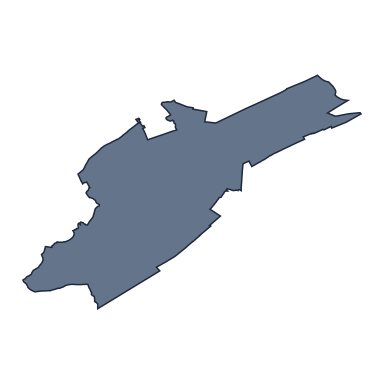 the district of Urecheni, Neamt, Romania
{"feature_id": "2599482B48962297444856", "entity_name": "Urecheni", "entity_type": "district", "adm_level": 2, "iso_a3": "ROU", "parent_name": "Romania", "parent_adm1": "Neamt", "projection": "robinson", "projection_center": [26.516, 47.174], "detail": "fine", "context": "isolated", "style": "filled", "palette": "slate", "viewbox_px": 384, "rotation_deg": 0, "n_neighbors": 0, "source": "geoboundaries", "source_scale": "gbopen_adm2", "svg_char_len": 5797}
<svg xmlns="http://www.w3.org/2000/svg" viewBox="0 0 384 384"><path d="M360.7,113.6L360.1,112.7L349.1,113.7L337.0,116.0L335.3,116.2L327.5,113.0L336.6,107.3L348.0,100.4L343.1,99.8L340.1,98.6L337.4,97.1L335.1,95.1L335.8,91.8L335.4,90.1L332.9,86.3L328.7,82.0L325.5,81.2L322.3,79.6L318.1,76.0L317.5,75.3L304.8,81.4L297.7,84.3L293.7,85.9L291.9,86.7L286.9,88.7L286.6,88.8L286.6,89.0L286.6,89.3L284.8,90.4L280.8,92.6L255.6,104.2L253.3,105.2L245.4,108.8L215.4,123.2L215.2,123.0L214.9,122.9L204.7,121.8L206.8,111.6L192.9,109.1L193.2,107.8L187.5,106.9L185.5,106.2L178.2,103.3L175.6,102.5L174.1,100.2L173.5,100.5L173.1,100.8L172.4,101.2L171.4,101.6L170.7,102.0L170.0,102.0L168.9,101.9L167.7,101.7L166.3,102.0L165.1,102.1L164.2,102.3L163.0,102.3L162.8,102.3L162.1,102.7L161.8,103.1L161.5,104.0L161.3,104.2L161.5,104.6L161.9,105.1L162.7,105.9L164.1,107.4L166.5,109.7L170.7,114.8L168.4,116.3L167.8,116.6L166.7,117.0L166.3,117.4L166.1,117.8L166.0,118.2L166.0,118.4L166.4,119.1L167.4,120.0L169.1,120.7L170.4,121.1L171.6,120.6L172.3,120.7L172.5,120.2L174.0,121.3L173.9,122.1L174.0,122.9L174.2,123.3L175.3,123.8L175.5,124.3L175.5,125.8L175.4,126.7L175.4,127.4L175.5,127.9L176.1,128.5L176.8,129.8L176.6,130.0L171.6,131.5L164.0,134.2L150.4,138.8L147.7,139.8L145.0,133.0L143.8,130.4L143.2,129.3L142.6,128.4L144.9,127.6L143.9,125.7L142.6,126.2L139.8,122.6L140.5,122.3L138.7,119.8L139.7,119.4L138.9,118.3L135.9,119.4L138.6,123.1L137.0,124.0L133.4,126.9L130.2,129.3L128.8,130.4L127.0,132.0L126.6,132.5L125.4,133.3L124.7,134.0L123.4,134.8L121.9,136.3L119.1,138.4L117.4,139.4L116.7,139.5L116.3,139.8L111.5,142.2L110.9,142.7L107.3,144.3L105.6,145.2L104.4,145.8L103.8,146.2L102.3,147.4L101.9,147.6L101.0,148.3L100.5,149.0L99.3,150.1L96.6,152.8L94.4,154.6L93.1,155.5L92.9,155.9L92.7,156.0L92.2,156.3L89.2,158.9L89.0,159.1L87.1,162.6L85.4,165.3L85.2,165.9L83.9,168.6L83.5,169.2L83.1,169.8L81.8,171.0L78.0,174.1L81.3,181.6L81.6,181.8L82.7,183.9L83.7,182.9L86.7,182.1L89.2,186.5L89.0,187.1L89.1,187.6L89.2,187.8L89.6,187.8L89.1,188.3L88.6,189.0L88.4,189.6L88.2,190.3L86.8,191.4L86.1,193.0L88.5,196.6L88.7,196.8L89.2,197.1L89.6,197.7L90.2,197.6L92.6,198.4L93.6,198.9L94.0,199.5L95.4,200.4L96.2,202.5L97.2,203.5L98.5,204.0L99.3,204.6L99.2,206.0L98.6,206.2L98.1,206.2L97.7,206.6L96.9,207.1L95.8,208.2L95.2,209.0L95.1,209.5L94.8,210.1L94.7,211.0L94.2,212.3L94.2,213.4L93.8,214.0L92.9,217.1L91.9,218.4L91.4,219.1L90.3,220.3L89.9,221.1L88.9,222.4L87.5,224.9L86.2,225.1L85.6,224.3L85.1,224.4L83.7,223.5L83.2,222.7L82.1,222.5L81.3,222.3L80.9,222.1L80.7,222.1L80.5,222.5L79.8,222.9L79.7,223.0L80.1,223.5L80.1,223.8L80.2,224.3L79.0,223.2L78.7,223.3L78.4,223.6L78.0,224.3L78.1,226.1L78.4,227.6L78.4,228.0L77.8,228.5L77.1,228.5L76.5,228.6L76.0,229.3L76.0,229.6L75.9,229.6L75.3,229.5L75.1,229.6L74.8,229.7L74.1,230.3L72.9,230.6L73.5,231.6L73.9,232.6L74.1,233.3L74.2,233.8L74.1,234.3L74.0,234.6L73.8,235.1L73.7,235.7L73.0,236.9L72.2,237.8L70.4,239.3L69.9,239.6L69.2,240.1L67.1,241.1L65.5,241.6L65.2,241.9L63.8,241.9L62.4,242.2L62.1,242.3L61.5,242.3L61.1,242.2L60.1,242.2L59.2,242.3L57.3,241.9L56.9,242.0L56.7,242.3L56.8,242.5L56.8,242.8L56.7,242.9L56.2,242.8L55.4,243.0L54.7,243.4L54.4,243.9L53.6,244.3L53.5,244.5L53.5,245.0L52.3,245.6L52.2,245.9L51.9,246.2L51.7,246.3L51.9,246.9L52.0,247.1L51.8,247.4L51.6,247.5L50.6,247.3L49.0,247.1L46.5,246.6L45.6,246.6L45.3,246.7L45.2,248.0L44.9,248.7L44.8,249.4L44.4,250.4L44.3,251.1L43.9,252.1L43.5,252.8L43.1,253.1L42.4,253.6L41.5,254.5L42.3,256.7L42.9,257.9L43.0,260.1L43.0,260.7L42.5,261.2L42.2,262.2L41.3,263.6L39.7,265.4L38.6,267.1L36.4,268.6L35.0,269.4L34.4,269.8L33.8,270.0L33.3,270.5L32.7,271.3L31.7,273.0L31.3,274.3L30.9,274.7L29.9,275.1L29.1,275.7L28.7,276.1L27.7,276.3L27.1,276.6L26.2,277.4L26.1,277.7L24.9,278.9L23.1,279.8L23.0,280.4L23.8,281.8L23.9,282.0L26.7,284.3L26.8,284.6L26.9,285.2L27.4,285.8L27.7,286.5L27.9,287.4L29.4,288.9L31.3,290.2L33.0,291.0L34.4,291.7L35.1,291.8L36.0,291.8L36.6,291.6L37.4,291.5L38.3,291.4L40.6,291.1L41.8,291.0L43.1,290.9L43.5,291.0L48.3,290.7L50.5,290.7L51.6,290.2L52.6,289.9L54.6,289.4L55.8,289.0L56.3,288.7L57.0,288.7L57.7,288.4L57.9,288.4L58.4,288.2L58.6,288.3L58.9,288.2L59.2,288.1L59.5,288.3L60.1,288.2L60.4,287.9L61.9,287.4L63.5,286.8L64.4,286.2L65.3,285.7L66.6,285.2L68.1,284.8L69.9,284.5L72.3,284.3L75.4,284.5L76.4,284.6L79.4,284.6L81.8,284.6L82.1,284.4L84.1,284.4L87.7,284.3L88.0,284.9L89.1,287.9L90.0,289.4L90.3,289.8L90.4,290.2L90.4,290.5L90.6,291.1L91.1,291.9L91.5,292.3L91.4,293.5L91.5,293.7L91.6,293.9L91.4,294.4L91.8,294.9L92.4,295.5L93.7,296.2L94.2,296.4L94.5,297.8L94.6,299.5L94.8,300.9L94.6,301.6L96.1,302.4L97.5,303.7L97.7,304.0L97.7,306.4L97.7,308.7L159.8,270.9L156.4,267.2L166.4,261.6L167.6,260.8L174.2,256.9L176.2,255.4L186.2,247.3L187.1,246.4L192.4,241.8L192.6,241.9L200.1,235.3L199.9,235.2L210.7,226.1L209.5,225.5L220.4,216.1L210.0,209.2L210.8,208.5L212.7,206.3L216.3,201.8L217.0,200.6L218.6,198.7L218.9,198.2L219.0,197.8L219.2,197.5L220.7,197.4L221.0,197.2L221.4,196.8L222.2,195.4L223.1,194.3L224.0,192.9L224.4,192.0L225.1,191.3L225.4,191.2L226.0,191.1L227.7,191.0L226.8,190.2L226.5,189.8L226.3,189.4L226.6,189.1L226.9,188.9L228.0,189.0L228.5,189.2L229.1,189.2L230.1,189.4L231.0,189.9L232.8,190.5L233.5,190.6L236.6,190.2L237.2,190.3L238.0,190.6L238.1,190.3L238.2,190.1L238.6,189.7L238.9,189.6L239.8,189.9L241.2,190.7L241.2,187.5L241.6,181.8L242.3,171.5L243.0,163.8L248.9,161.1L251.0,165.0L251.8,166.5L251.9,166.4L254.3,165.2L256.7,163.7L260.9,161.5L262.3,160.5L264.4,159.5L265.9,158.5L268.8,156.5L269.3,156.0L270.0,155.5L270.5,155.7L273.0,154.1L274.1,153.5L276.9,152.3L281.9,149.8L297.3,142.5L300.4,141.1L304.6,139.3L303.2,136.9L311.4,133.5L311.7,133.9L313.5,133.0L313.9,133.5L323.2,129.3L323.8,129.9L331.2,126.4L331.4,127.0L331.7,128.1L346.3,122.2L361.0,113.9L360.7,113.6Z" fill="#64748b" stroke="#1e293b" stroke-width="1.5"/></svg>